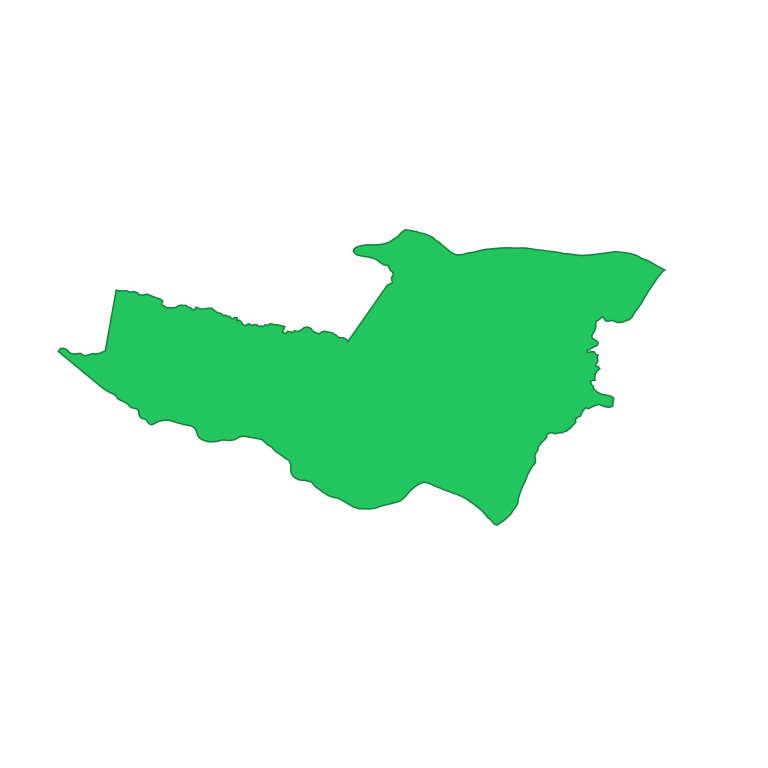 outline of Igarapé-Miri, Pará, Brazil, rotated 73°
{"feature_id": "56859067B62741857059247", "entity_name": "Igarapé-Miri", "entity_type": "district", "adm_level": 2, "iso_a3": "BRA", "parent_name": "Brazil", "parent_adm1": "Pará", "projection": "natural_earth1", "projection_center": [-49.142, -2.076], "detail": "fine", "context": "isolated", "style": "filled", "palette": "green", "viewbox_px": 768, "rotation_deg": 73, "n_neighbors": 0, "source": "geoboundaries", "source_scale": "gbopen_adm2", "svg_char_len": 6122}
<svg xmlns="http://www.w3.org/2000/svg" viewBox="0 0 768 768"><g transform="rotate(73 384 384)"><path d="M357.2,82.0L352.7,86.6L349.1,90.1L345.2,93.6L343.0,95.8L339.6,100.5L335.9,103.8L334.4,105.6L333.2,107.5L331.5,110.1L329.7,113.1L325.4,123.3L324.7,126.1L323.5,134.2L322.7,138.6L321.0,148.7L320.2,151.6L319.2,156.4L318.0,159.6L315.9,164.5L313.8,168.8L311.6,174.6L310.3,176.5L306.7,183.8L305.3,187.1L304.5,189.7L302.8,192.4L300.4,198.6L299.1,201.0L295.7,208.2L294.4,211.6L293.5,215.3L291.6,221.2L290.6,223.6L288.9,229.6L287.8,233.6L287.2,236.9L286.6,239.3L286.0,243.1L285.3,245.8L284.9,248.6L284.6,251.4L284.2,259.2L283.9,261.8L283.3,264.4L283.3,269.9L282.2,275.8L280.7,278.3L278.5,280.5L276.9,281.8L272.5,284.9L270.4,286.2L268.6,287.5L264.6,289.8L262.6,291.6L260.5,293.2L258.1,294.6L255.9,297.1L254.1,299.0L252.6,300.7L251.2,303.1L249.9,305.8L247.8,308.2L246.7,310.9L245.4,312.9L242.7,318.4L244.1,322.8L245.2,324.8L246.7,326.7L247.4,329.1L249.0,334.9L249.9,337.3L250.0,340.4L249.9,343.1L249.7,346.0L249.0,349.1L247.6,354.5L245.9,359.8L245.4,362.6L245.0,366.7L245.2,371.1L246.4,373.4L248.3,374.6L251.0,373.4L252.9,371.8L254.5,369.0L259.1,359.8L261.9,355.8L264.8,353.4L267.8,351.2L269.7,349.6L272.1,345.3L274.1,345.3L276.8,344.8L280.3,342.9L283.0,343.6L284.6,345.9L286.7,346.2L289.7,346.2L290.0,349.1L290.5,351.9L298.7,362.5L303.4,368.4L332.8,406.1L330.4,406.8L328.2,408.9L327.2,411.3L326.6,413.7L324.1,414.9L322.0,417.0L319.7,418.6L317.3,423.6L316.0,425.6L316.1,428.3L317.0,431.1L315.7,433.4L314.1,435.1L312.0,437.0L310.0,437.2L308.3,438.9L306.9,441.3L306.8,444.3L307.8,446.7L308.6,449.1L308.3,451.9L306.8,454.1L308.2,455.8L305.4,460.9L306.9,462.5L306.0,464.9L303.6,465.7L302.2,463.5L300.0,462.2L298.6,464.3L297.7,466.4L296.4,468.3L295.6,470.6L294.5,472.8L293.0,475.0L294.0,477.9L292.6,480.4L293.8,482.9L292.5,484.9L292.4,487.5L290.1,488.1L289.3,490.9L289.0,494.0L287.0,495.1L287.4,500.4L285.5,501.8L283.0,502.2L280.7,503.6L280.3,506.0L277.9,505.1L276.7,507.1L277.5,509.4L276.1,511.2L274.1,511.6L273.8,513.9L271.8,515.3L271.5,517.8L268.9,519.1L267.7,521.6L265.8,523.5L263.5,525.1L261.4,526.3L260.3,529.1L259.9,532.2L258.9,537.2L257.3,539.2L255.5,541.1L257.3,542.7L257.0,545.3L254.5,546.7L253.0,548.9L251.0,550.2L250.3,552.6L249.4,554.7L248.9,557.0L249.7,559.4L249.7,562.5L248.9,564.7L248.3,567.1L247.5,569.4L245.4,571.1L243.8,573.1L241.7,572.7L239.8,571.3L237.3,573.3L234.3,577.4L232.3,580.0L230.5,582.1L228.9,584.2L228.6,586.8L228.3,589.2L227.5,591.7L225.1,592.8L223.2,594.8L222.3,597.2L222.0,600.0L220.3,601.9L219.1,604.1L218.6,606.8L217.5,610.1L215.9,612.6L271.1,641.0L271.0,643.4L271.5,645.8L271.3,648.9L270.7,651.8L269.6,653.9L269.9,656.8L269.7,659.2L269.6,661.9L268.1,663.6L266.1,665.0L265.3,667.9L264.9,670.5L264.3,673.0L262.8,674.8L261.0,676.0L259.1,676.8L257.3,678.4L256.0,680.3L255.5,683.0L257.6,686.0L303.3,655.8L305.1,654.4L307.1,653.1L309.0,651.6L312.7,647.9L314.4,645.9L317.1,643.8L319.6,643.3L322.5,640.9L324.2,638.8L326.3,636.6L328.8,634.7L331.0,633.8L332.9,632.3L334.5,629.4L336.2,627.1L338.2,626.5L340.3,627.2L342.7,627.1L345.2,626.6L348.7,621.8L351.2,621.2L353.6,620.0L355.0,618.2L354.9,615.4L354.2,613.0L353.9,609.7L354.2,606.2L354.7,603.2L355.9,600.4L357.9,596.8L360.3,593.6L362.2,590.4L364.1,587.6L365.9,584.1L367.9,580.5L369.8,578.5L372.3,577.6L375.6,577.2L377.8,577.4L380.2,576.7L382.4,575.8L384.3,573.9L386.4,571.1L388.0,568.4L389.0,565.7L390.3,559.2L390.1,555.8L391.1,552.5L392.6,549.2L393.2,546.2L393.6,543.0L393.0,540.3L392.3,537.8L392.6,534.6L393.6,531.5L395.2,529.0L400.1,519.2L401.7,516.8L403.5,515.7L408.3,512.9L410.6,510.4L416.2,507.7L421.2,503.8L422.9,502.3L425.5,500.8L428.0,498.3L430.4,497.0L433.4,496.7L435.8,497.2L438.3,498.3L441.5,498.8L444.5,498.3L446.6,497.3L448.7,495.6L450.6,493.7L451.8,491.3L452.8,488.3L454.4,485.3L456.0,482.5L457.9,481.3L460.4,480.4L462.5,479.3L467.4,475.5L469.5,474.1L473.0,471.1L474.6,469.6L476.2,467.7L477.6,465.5L479.7,461.4L481.6,459.5L483.2,458.1L484.7,456.4L487.0,454.3L488.9,452.8L492.7,449.1L495.5,445.1L496.6,442.8L497.2,440.6L498.4,437.2L499.3,434.2L500.0,430.5L500.1,428.0L499.9,422.9L500.1,417.1L500.4,414.6L500.8,404.4L500.4,401.9L497.4,395.5L494.7,391.7L492.4,387.4L491.6,385.1L490.7,382.5L490.0,380.1L489.7,377.6L489.7,375.0L490.5,372.5L491.9,370.4L493.6,368.2L495.2,366.6L498.3,363.0L501.1,359.3L503.1,357.1L507.6,350.9L509.2,349.1L510.5,346.9L512.1,345.2L513.6,343.3L515.2,341.8L516.7,340.0L520.1,337.1L522.0,335.8L524.4,333.8L533.3,327.6L537.4,325.8L539.2,324.7L541.3,324.2L543.6,322.8L545.5,321.4L548.2,320.4L550.2,319.6L552.1,317.1L551.0,313.8L550.0,310.3L548.6,306.9L546.3,302.3L545.0,300.1L542.9,297.9L541.0,295.4L539.0,292.6L537.2,290.9L533.1,289.2L530.6,287.5L528.1,285.8L523.6,282.4L521.0,280.1L519.6,278.4L517.2,276.7L515.5,275.2L513.3,273.7L507.6,268.0L505.5,265.6L504.3,262.9L502.0,261.8L499.9,260.9L497.5,261.0L495.4,259.9L492.1,256.2L489.5,255.0L487.6,252.8L485.9,250.2L484.4,247.0L482.6,244.1L479.9,242.9L479.3,240.0L479.9,237.0L481.6,235.2L481.7,232.7L482.2,230.2L482.6,226.9L482.2,222.6L480.4,218.3L477.9,214.0L476.5,211.7L473.9,211.3L472.6,209.2L472.2,205.8L470.3,203.9L468.1,201.9L465.6,198.3L467.3,195.9L466.5,190.1L466.3,187.2L466.4,184.3L468.2,182.3L469.8,180.3L471.5,177.0L472.3,174.6L472.1,171.8L469.8,170.9L467.9,170.1L464.8,168.4L462.2,170.3L460.5,173.0L459.1,175.8L456.8,179.7L454.7,181.8L452.1,183.8L450.2,184.9L447.4,184.6L445.2,185.8L442.0,185.8L441.6,183.3L442.1,181.0L439.2,180.5L436.0,178.8L433.9,176.3L432.5,173.2L430.0,174.1L428.7,176.5L426.3,174.6L424.0,172.4L421.3,172.6L419.0,170.8L417.6,172.9L414.6,173.7L413.6,176.6L413.4,180.2L411.4,179.8L411.3,177.4L410.3,175.0L409.8,171.3L409.3,168.3L407.3,167.1L405.1,167.9L401.1,171.5L398.5,171.2L394.8,167.1L392.5,165.4L390.4,164.4L387.9,163.7L386.1,162.8L385.7,160.4L384.4,157.5L383.8,154.8L386.1,154.3L388.4,153.7L389.7,150.7L389.7,148.3L390.4,146.2L392.2,144.5L393.5,142.5L394.4,139.2L394.5,136.1L394.2,133.3L394.2,130.5L392.5,127.1L390.2,124.9L388.6,122.8L382.0,114.1L378.2,110.3L374.7,106.3L373.0,104.6L371.0,102.0L367.9,98.2L364.9,94.2L363.3,92.6L361.7,90.6L360.2,88.0L357.8,84.7L357.2,82.0Z" fill="#22c55e" stroke="#15803d" stroke-width="1.5"/></g></svg>